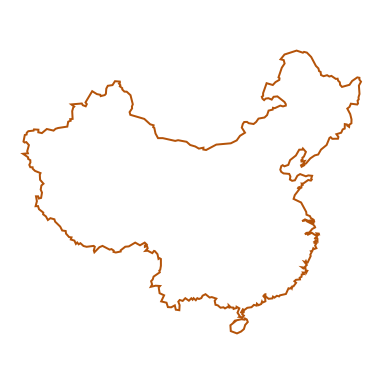 map outline of China (Albers equal-area conic projection)
{"feature_id": "CHN", "entity_name": "China", "entity_type": "country or territory", "adm_level": 0, "iso_a3": "CHN", "parent_name": "Asia", "parent_adm1": "", "projection": "albers", "projection_center": [106.815, 35.887], "detail": "fine", "context": "isolated", "style": "outline", "palette": "amber", "viewbox_px": 384, "rotation_deg": 0, "n_neighbors": 0, "source": "natural_earth", "source_scale": "50m", "svg_char_len": 5976}
<svg xmlns="http://www.w3.org/2000/svg" viewBox="0 0 384 384"><path d="M225.0,308.4L223.5,307.3L220.5,307.7L217.7,305.3L215.5,304.8L214.7,300.8L216.3,298.6L211.8,297.1L209.6,297.5L205.5,294.2L202.6,295.7L201.3,298.1L199.0,299.0L197.3,298.2L195.8,300.2L193.6,298.2L192.6,299.7L191.3,298.3L188.9,300.7L185.3,298.2L182.7,300.9L179.7,300.0L178.3,301.7L179.6,305.1L179.3,310.2L175.8,309.7L174.8,305.4L171.2,307.3L167.9,307.1L166.5,302.7L161.2,301.4L164.1,295.3L159.6,293.2L158.7,287.5L160.0,286.0L155.6,285.7L150.8,286.8L152.1,284.4L151.1,281.2L152.7,279.5L153.6,276.6L159.8,272.3L159.3,270.6L160.2,269.8L160.9,265.8L160.9,259.0L159.6,258.2L158.5,258.9L157.5,254.2L154.8,251.1L154.0,250.9L152.3,253.1L147.6,250.7L145.4,250.9L147.7,248.3L147.0,246.0L144.9,246.8L144.9,245.5L146.6,244.4L144.7,242.6L140.0,245.3L135.2,242.6L128.8,246.4L125.3,246.7L120.7,250.3L120.7,251.5L115.8,252.5L113.5,251.9L113.7,250.6L111.5,249.1L109.6,249.6L102.5,245.9L99.4,247.2L94.4,252.3L93.8,250.5L94.8,246.8L93.7,245.9L86.6,246.8L83.5,246.0L80.4,243.2L78.7,244.3L77.2,242.5L75.9,243.9L74.4,240.6L70.8,239.5L71.5,237.4L69.1,237.1L66.0,233.6L65.7,231.0L62.2,230.5L60.2,226.6L55.1,221.6L54.4,219.3L50.4,218.2L47.9,220.0L45.9,216.4L43.1,214.3L43.3,212.6L39.0,209.2L38.0,206.1L35.6,206.2L36.9,201.2L36.0,196.3L38.1,196.3L38.9,198.5L41.1,197.9L42.0,192.6L40.7,189.6L41.4,185.5L43.5,183.7L40.1,179.8L39.8,174.8L40.5,173.1L35.0,170.9L32.7,168.7L32.6,167.3L30.3,167.2L29.3,164.9L30.4,162.5L30.3,160.2L28.1,158.8L28.1,157.3L23.0,153.8L27.9,153.3L27.2,151.3L28.9,145.1L26.3,142.1L24.6,142.5L23.5,141.6L24.8,135.0L26.6,134.5L26.8,132.7L28.3,131.2L33.6,130.6L34.0,129.4L38.4,129.7L38.3,132.3L41.9,133.1L46.8,129.0L53.6,130.6L55.6,128.8L58.1,128.0L67.3,126.6L68.2,121.7L70.7,120.7L70.2,119.2L72.6,118.9L72.2,111.1L73.2,107.6L74.2,106.6L71.3,104.4L81.8,103.5L82.8,105.2L85.7,106.3L86.8,104.1L85.5,102.4L92.2,91.2L96.9,94.1L100.3,94.8L100.7,96.1L104.7,95.1L105.9,93.8L106.3,88.6L107.8,85.8L112.5,85.1L115.0,81.2L119.8,81.6L119.9,82.8L119.0,83.6L120.4,85.2L119.8,86.3L122.2,88.1L122.3,89.5L124.4,91.6L126.7,91.7L130.5,95.2L132.8,104.3L131.9,106.5L132.1,108.4L129.6,112.1L130.3,114.8L144.3,118.9L150.2,124.3L153.6,125.3L153.2,127.2L154.3,127.9L155.5,133.5L158.0,138.1L162.6,138.1L175.2,140.9L178.1,140.2L186.6,141.8L190.2,145.0L195.3,146.5L198.9,148.6L203.4,147.7L203.3,149.5L206.1,150.0L216.3,144.6L230.8,143.3L236.7,140.4L240.0,135.8L245.0,132.7L241.8,127.6L242.8,124.0L244.2,122.0L247.0,121.9L248.7,123.2L253.6,124.0L256.1,122.0L258.5,118.6L264.5,117.5L267.1,115.1L268.6,110.6L272.7,109.6L273.0,107.8L274.7,108.2L280.3,105.6L283.0,106.4L285.8,105.6L285.8,104.2L284.5,102.0L277.4,96.4L273.6,96.8L271.7,99.6L268.4,98.2L265.7,98.6L264.1,100.1L262.5,98.7L261.8,96.8L263.1,95.8L263.1,93.2L266.6,83.2L272.8,85.0L275.5,82.1L279.3,79.9L279.5,78.2L278.5,77.4L281.8,67.7L284.6,63.5L283.7,60.1L280.6,59.3L284.5,54.5L296.6,50.6L302.9,52.7L304.0,51.9L306.9,52.6L311.2,57.0L315.9,65.9L318.4,68.4L319.1,71.1L320.6,71.9L321.0,75.0L323.6,76.2L327.1,75.2L329.3,76.5L331.4,75.9L335.8,78.9L337.6,78.7L338.1,80.6L339.8,82.3L340.1,84.8L342.0,86.9L349.5,84.8L352.1,81.0L357.3,77.4L359.4,77.8L359.4,79.6L361.0,81.7L358.9,85.6L359.5,94.0L358.5,97.3L358.7,99.4L357.6,100.6L358.0,103.5L357.2,104.5L350.9,103.7L349.5,106.9L347.3,108.6L350.2,114.1L351.5,119.4L351.4,123.3L348.2,125.5L349.2,126.1L349.1,126.9L347.2,125.6L346.9,124.5L344.8,124.1L344.7,128.6L342.7,129.4L341.2,132.7L336.4,134.2L338.4,136.9L338.0,138.7L332.3,138.8L330.7,137.2L329.5,137.9L326.6,145.0L321.0,149.6L318.2,154.5L314.7,155.4L310.3,158.4L306.0,163.5L304.3,164.1L304.3,165.2L301.6,166.7L301.0,165.3L304.2,163.3L303.7,162.5L304.7,161.0L301.5,161.5L301.3,160.2L302.6,159.3L302.4,157.7L303.9,156.6L305.9,151.9L302.9,148.5L302.4,149.6L299.2,149.7L295.9,155.5L290.1,160.1L288.3,164.9L284.4,166.3L282.7,165.2L281.3,166.1L280.3,169.7L281.2,171.8L283.5,173.4L289.2,173.9L290.4,176.5L289.9,179.5L292.1,180.8L294.9,180.3L297.4,175.7L300.1,174.1L305.9,176.3L308.3,175.4L312.1,175.8L311.2,178.6L311.8,179.5L310.9,180.6L308.2,180.0L303.3,183.5L301.8,183.5L302.6,184.9L301.5,185.3L301.4,187.6L299.9,188.4L299.4,187.1L298.5,187.4L298.0,188.2L299.4,189.1L294.8,195.1L293.6,198.9L301.1,202.5L306.2,211.9L306.5,214.7L309.9,216.1L310.9,218.1L313.7,219.8L314.1,221.3L313.4,221.4L310.6,220.5L308.2,220.8L305.0,219.4L302.1,221.1L306.4,220.2L307.0,221.4L313.2,224.5L314.7,226.3L315.1,227.4L312.3,228.9L309.3,232.5L306.4,232.9L304.9,234.3L306.8,233.5L307.9,234.7L311.8,232.8L314.9,234.9L317.7,235.4L314.4,239.0L316.7,237.5L317.4,238.5L317.5,241.3L316.0,240.5L314.4,241.8L316.1,242.9L315.2,243.2L316.1,243.7L315.1,245.6L316.4,248.2L314.2,249.0L313.3,248.3L312.4,250.8L311.0,251.2L311.7,252.0L310.3,254.7L310.7,256.0L307.6,262.6L306.6,262.9L305.9,261.1L305.3,262.1L304.4,261.8L306.8,265.0L304.2,267.6L301.9,267.3L303.4,268.5L305.4,267.8L306.0,272.6L302.9,272.5L303.8,274.1L301.7,274.5L301.5,276.8L299.7,277.7L300.0,279.4L296.0,279.8L294.4,281.2L296.1,282.8L293.5,286.3L292.3,286.4L291.8,288.4L291.2,287.5L289.8,288.7L288.5,288.3L285.9,294.0L280.0,295.3L279.1,296.4L276.9,295.8L274.5,297.6L273.0,296.6L272.4,298.4L268.6,298.8L265.5,296.3L265.4,294.3L264.7,294.5L263.4,296.1L265.2,298.4L265.4,301.3L262.5,302.6L262.0,301.6L261.2,304.0L258.6,305.2L256.9,303.7L256.6,305.6L253.9,304.9L251.5,307.2L247.3,307.8L244.1,310.2L242.9,309.3L241.1,312.4L242.7,313.2L242.3,314.5L243.9,315.6L242.7,317.3L239.2,316.9L239.9,316.3L237.5,312.7L239.3,308.3L236.6,306.8L236.5,308.0L233.6,308.9L233.3,307.6L230.8,307.4L228.7,305.3L228.9,307.4L227.6,307.0L225.0,308.4ZM246.8,319.5L247.8,322.0L245.2,324.9L243.9,329.1L241.1,331.5L237.0,333.4L230.8,331.1L230.4,325.3L234.9,321.7L234.1,321.6L234.8,320.7L241.5,319.2L244.6,319.7L245.0,318.5L246.8,319.5ZM314.3,222.9L312.1,222.8L309.8,221.1L311.5,221.2L314.3,222.9ZM319.0,234.4L317.1,234.3L316.6,233.4L318.8,233.6L319.0,234.4ZM307.3,270.8L306.5,272.2L306.5,270.6L307.3,270.8ZM242.0,311.9L243.8,311.2L243.7,312.1L242.0,311.9Z" fill="none" stroke="#b45309" stroke-width="2"/></svg>